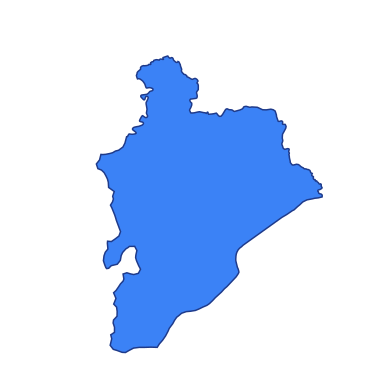 outline of Nong, Savannakhét, Laos, rotated 252°
{"feature_id": "54806243B35182777115371", "entity_name": "Nong", "entity_type": "district", "adm_level": 2, "iso_a3": "LAO", "parent_name": "Laos", "parent_adm1": "Savannakhét", "projection": "mercator", "projection_center": [106.609, 16.399], "detail": "fine", "context": "isolated", "style": "filled", "palette": "blue", "viewbox_px": 384, "rotation_deg": 252, "n_neighbors": 0, "source": "geoboundaries", "source_scale": "gbopen_adm2", "svg_char_len": 6056}
<svg xmlns="http://www.w3.org/2000/svg" viewBox="0 0 384 384"><g transform="rotate(252 192 192)"><path d="M264.8,146.9L259.2,143.3L256.1,140.2L254.4,135.1L254.6,131.8L253.9,128.7L254.0,125.8L254.5,121.6L255.2,118.7L255.9,117.0L251.1,114.0L248.2,109.7L243.3,109.7L240.8,112.7L237.6,114.4L234.1,115.1L230.5,115.6L227.1,115.4L222.1,114.1L216.5,118.2L212.4,115.2L209.7,115.1L207.1,113.3L204.7,110.4L201.4,110.9L194.1,111.4L191.0,111.4L188.5,111.3L176.4,111.8L172.7,108.9L171.0,104.1L169.8,100.0L171.3,96.5L169.5,95.7L163.8,94.4L161.5,90.9L158.5,88.6L154.0,86.5L149.8,86.5L146.7,86.7L145.5,87.2L145.2,89.2L146.9,92.5L146.4,98.6L149.1,102.7L153.4,105.0L155.9,107.3L158.4,111.6L158.9,113.9L159.6,115.6L158.0,120.7L153.4,121.5L149.3,119.1L147.0,118.1L143.8,118.0L138.5,118.5L134.5,119.2L131.2,115.9L131.5,111.1L133.0,108.4L135.3,105.1L135.3,101.1L130.3,100.3L128.6,99.0L126.8,95.7L124.3,92.6L121.8,89.3L120.4,86.3L114.3,86.8L109.6,82.9L105.8,84.7L101.5,83.9L97.0,82.3L94.5,77.8L91.8,76.5L87.3,76.5L82.5,74.9L81.3,70.6L77.2,70.3L71.5,66.8L66.7,68.5L64.4,71.8L61.1,76.0L59.9,79.1L60.8,83.4L61.6,88.2L60.5,94.0L59.0,98.5L57.2,104.8L55.0,110.9L57.6,114.0L60.1,118.2L63.3,122.4L67.0,126.2L69.4,128.3L72.8,133.1L75.4,135.8L77.6,138.7L78.6,141.5L79.9,144.6L80.0,149.6L79.1,153.5L78.3,158.6L78.6,162.6L79.2,166.7L79.6,171.2L80.5,174.2L82.4,178.1L84.3,181.5L87.7,189.0L90.0,193.0L91.2,195.9L97.7,207.8L99.9,210.6L101.0,211.7L102.1,212.0L104.6,212.1L106.4,211.9L113.0,212.4L114.7,212.9L117.5,214.0L119.4,215.0L121.0,216.2L122.8,218.1L123.9,220.0L124.7,222.3L125.6,224.1L140.1,269.7L141.3,275.1L143.2,281.6L143.5,283.6L145.5,287.9L146.5,290.5L148.2,294.0L148.4,294.8L149.0,298.9L148.3,304.4L148.1,306.9L147.4,310.2L147.1,314.2L148.2,314.7L149.1,314.8L149.9,314.4L150.2,314.1L151.0,312.7L151.6,312.2L152.9,312.3L153.3,312.2L153.6,311.9L154.4,312.1L154.8,312.5L154.9,313.0L154.8,314.3L155.1,315.7L155.2,316.3L155.8,317.0L156.4,317.0L156.8,316.8L157.4,316.7L158.0,316.8L158.7,317.1L159.5,317.2L160.1,316.6L160.0,316.3L160.2,315.7L160.4,315.5L160.7,315.3L161.4,315.2L161.9,315.0L163.2,314.1L163.7,314.1L164.1,313.9L164.2,313.6L164.2,313.1L164.3,312.9L164.9,312.7L165.3,312.9L165.8,312.8L166.3,311.9L166.7,311.6L167.8,311.6L168.1,311.7L168.4,312.0L168.8,312.2L169.2,312.1L170.6,311.0L171.6,311.4L172.5,312.1L173.3,311.2L173.9,310.9L175.4,310.9L176.0,310.8L176.8,310.2L177.3,309.7L177.9,308.5L178.8,307.5L179.1,306.5L179.7,305.7L180.6,305.3L181.2,304.6L182.4,303.5L183.4,302.9L183.9,302.7L185.2,301.7L186.1,300.0L186.3,296.8L186.8,295.7L188.2,295.1L189.6,294.6L191.0,294.9L194.3,295.2L196.1,295.6L197.9,295.8L198.3,296.3L199.0,296.6L200.2,296.4L201.0,296.6L202.0,297.4L202.8,297.6L203.3,297.2L203.7,296.4L203.9,293.4L205.0,292.5L206.0,292.2L207.3,292.3L209.1,292.2L210.1,292.3L212.2,293.9L213.1,294.3L215.3,294.5L217.7,295.4L219.2,296.1L220.2,297.3L223.6,300.8L225.1,301.7L226.6,301.7L227.5,301.5L228.3,299.3L228.9,299.1L229.8,299.6L230.8,299.9L231.8,299.4L232.1,298.5L232.2,296.5L232.8,295.8L237.6,295.7L239.3,296.1L243.3,296.1L245.1,294.7L246.4,292.6L247.2,287.9L248.4,284.6L252.4,280.3L254.4,275.2L254.7,273.1L256.7,270.1L257.0,268.8L256.9,267.4L256.1,266.6L255.5,265.6L255.2,263.0L255.4,259.0L255.5,257.3L256.0,256.6L256.8,256.1L257.4,255.7L258.0,254.8L258.9,252.6L260.1,251.4L260.4,250.3L259.9,249.2L256.2,244.9L255.1,243.0L255.4,241.6L256.5,240.7L258.3,240.1L259.5,239.5L259.6,238.5L259.7,237.1L260.0,235.2L260.8,231.8L261.7,231.6L262.8,231.8L263.2,231.3L262.7,230.5L262.4,229.8L263.3,229.0L263.9,227.6L266.0,224.0L266.3,222.2L266.6,218.8L266.9,217.2L267.5,215.4L268.5,215.1L269.2,215.1L270.2,214.9L271.0,215.2L272.6,216.9L274.6,218.5L275.5,218.9L276.6,219.2L278.0,218.4L279.9,218.2L280.4,218.6L280.8,219.2L279.8,224.8L280.1,225.8L281.3,226.5L282.5,226.8L284.8,226.9L285.8,227.4L287.4,229.6L291.3,230.9L292.2,231.0L293.1,230.9L294.1,230.4L294.8,230.9L295.3,231.7L296.0,232.0L296.8,231.8L297.9,231.3L298.9,230.4L299.2,229.5L299.0,227.3L299.2,226.9L299.6,226.3L302.2,224.0L303.2,222.8L304.3,222.9L305.7,221.9L306.5,220.6L307.1,220.4L308.7,219.6L310.1,219.3L310.5,219.3L311.4,219.9L312.1,220.1L315.4,220.0L316.6,220.2L319.6,219.8L320.1,219.4L320.4,219.0L320.2,218.9L320.0,218.5L319.9,217.8L320.0,217.3L320.5,216.7L322.7,215.4L323.6,215.2L324.9,215.2L325.4,215.0L325.8,214.7L326.1,214.2L326.2,213.7L326.0,213.0L326.1,212.5L326.4,212.0L327.6,211.3L328.8,211.0L328.9,209.9L328.8,206.0L328.4,205.7L327.3,205.9L327.0,205.8L327.0,205.4L328.0,203.6L328.2,202.9L328.1,202.4L327.6,201.5L328.1,200.7L328.9,198.9L329.0,196.5L328.8,196.2L328.3,195.9L328.0,195.4L328.0,195.1L328.2,194.3L327.8,192.7L327.6,192.5L326.5,192.4L326.2,192.2L326.1,191.9L326.7,190.6L326.2,189.5L326.3,187.7L326.9,185.3L327.2,184.9L327.2,183.2L326.7,182.0L326.4,181.6L324.6,181.0L323.3,177.9L322.8,177.1L322.1,176.5L321.3,176.2L320.4,175.4L319.9,175.1L317.9,175.0L316.4,175.1L316.3,176.2L315.8,177.1L315.0,177.9L312.8,179.4L310.8,180.1L309.0,180.5L306.1,180.5L305.2,180.7L304.8,181.2L304.6,182.8L304.3,184.1L303.5,185.4L302.5,186.5L302.2,186.6L301.8,186.6L301.4,186.5L301.0,186.3L300.6,185.2L300.6,184.7L300.7,183.7L300.6,182.9L299.6,181.3L299.1,180.2L298.9,179.2L299.1,177.9L299.8,174.1L299.7,173.6L299.5,173.2L299.0,172.9L298.5,172.8L297.9,172.9L295.2,174.2L294.6,174.6L294.4,175.0L294.4,175.3L294.5,175.6L296.6,177.2L296.9,177.5L297.1,177.9L297.0,178.4L296.6,179.1L296.1,179.4L295.6,179.5L295.2,179.5L294.7,179.2L292.1,176.9L291.4,176.1L290.0,175.6L284.6,174.8L281.3,173.1L280.8,173.0L278.1,173.3L277.7,173.1L277.3,172.8L277.0,172.1L276.9,171.5L277.2,170.7L277.7,170.2L279.7,168.8L279.9,168.5L279.8,168.1L279.2,167.2L277.5,165.4L276.3,164.3L275.8,164.1L275.3,164.2L274.8,164.8L273.7,166.6L273.3,166.9L272.8,167.1L272.5,167.1L272.1,167.0L271.7,166.6L271.3,166.0L271.0,165.0L270.9,161.5L271.2,159.9L271.4,157.8L271.4,156.6L271.3,156.1L270.7,155.1L270.3,154.9L269.8,154.8L268.7,155.3L268.0,155.9L266.4,156.9L265.6,157.1L265.3,157.1L265.1,156.9L264.9,156.5L264.9,155.6L265.1,154.2L265.4,152.8L266.6,150.2L266.4,149.6L264.7,147.8L264.6,147.4L264.8,146.9Z" fill="#3b82f6" stroke="#1e3a8a" stroke-width="1.5"/></g></svg>